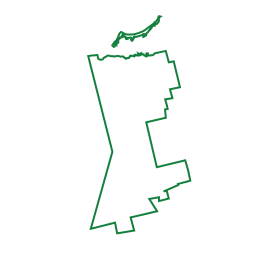 the district of Lázaro Cárdenas, Quintana Roo, Mexico, rotated 346°
{"feature_id": "50627088B14246153618123", "entity_name": "Lázaro Cárdenas", "entity_type": "district", "adm_level": 2, "iso_a3": "MEX", "parent_name": "Mexico", "parent_adm1": "Quintana Roo", "projection": "mercator", "projection_center": [-87.297, 21.095], "detail": "fine", "context": "isolated", "style": "outline", "palette": "green", "viewbox_px": 256, "rotation_deg": 346, "n_neighbors": 0, "source": "geoboundaries", "source_scale": "gbopen_adm2", "svg_char_len": 5209}
<svg xmlns="http://www.w3.org/2000/svg" viewBox="0 0 256 256"><g transform="rotate(346 128 128)"><path d="M165.3,60.5L164.9,60.6L164.5,60.2L164.2,60.2L164.4,60.5L164.2,60.6L164.3,60.8L164.1,61.2L164.2,61.4L164.1,61.5L164.2,61.8L164.1,62.0L163.9,62.5L163.6,63.0L163.2,62.9L163.0,62.7L162.9,62.8L162.8,62.7L162.5,62.4L162.5,62.2L162.4,62.1L162.5,61.8L162.3,61.7L162.2,61.8L162.0,62.1L161.9,62.0L161.8,61.7L161.4,61.6L161.4,61.4L161.0,60.7L160.8,60.7L160.4,60.2L160.3,59.9L159.6,59.7L159.5,59.8L159.4,60.0L159.2,60.0L159.0,59.8L159.1,59.6L159.1,59.4L159.0,59.5L158.7,59.7L158.8,59.2L158.7,59.1L158.4,59.3L158.3,59.1L158.0,59.5L157.9,59.4L157.5,59.6L157.7,59.0L157.3,58.9L157.2,58.9L157.4,59.4L157.3,59.6L157.0,59.5L157.0,59.9L156.6,59.8L156.3,59.6L156.2,59.3L156.3,59.2L156.6,58.8L156.5,58.6L156.2,58.7L155.9,58.5L156.0,58.2L155.8,58.0L155.8,58.5L156.1,58.8L156.1,59.3L156.2,59.6L156.1,60.2L155.7,60.2L155.1,59.9L155.0,59.7L154.9,59.8L154.6,59.7L154.6,59.8L154.4,59.7L154.2,59.8L154.3,59.7L153.8,59.6L153.6,59.4L153.5,59.1L153.1,59.2L152.8,59.1L152.7,58.8L152.3,58.8L152.3,58.7L152.1,58.7L152.0,59.2L152.2,59.6L151.8,59.7L151.7,59.8L151.5,59.5L150.8,59.7L150.7,59.6L150.6,59.4L149.9,59.3L149.6,59.0L149.2,59.0L149.1,58.8L147.9,58.4L147.7,58.5L147.3,58.8L147.2,59.3L146.8,59.6L146.5,59.6L146.4,59.8L146.0,59.9L145.8,60.2L145.1,60.1L144.8,60.2L144.3,59.9L143.6,60.2L143.2,60.2L142.9,60.2L142.7,59.9L142.6,60.0L142.4,59.7L142.1,59.7L141.8,59.1L141.6,59.1L141.4,58.8L140.7,57.5L140.5,57.3L140.2,57.2L139.5,57.3L138.7,57.1L137.9,56.9L136.0,55.7L134.9,55.6L133.2,55.3L132.6,55.4L131.6,55.2L131.4,55.0L130.6,54.8L130.3,54.5L128.8,54.2L126.7,53.0L126.0,52.9L125.1,52.9L124.7,53.2L123.7,53.6L122.6,53.7L121.8,54.0L121.4,54.1L121.2,54.3L121.0,54.6L120.7,54.8L120.4,55.1L120.1,55.2L119.1,55.3L118.6,55.3L117.5,55.0L117.1,54.7L116.2,54.0L115.9,53.6L115.9,53.3L115.8,52.9L115.9,52.5L115.8,52.0L116.0,51.7L116.0,50.4L116.0,49.9L115.6,49.6L112.8,49.4L111.1,49.0L110.8,48.9L110.3,48.9L106.8,48.6L107.1,147.3L67.5,216.8L92.5,216.7L92.0,227.6L109.2,229.0L108.9,215.4L136.1,215.8L131.5,202.0L141.3,202.7L140.4,206.4L150.5,206.3L150.4,198.2L147.1,198.2L162.9,195.5L162.9,194.4L175.7,194.2L176.1,183.3L175.7,173.2L146.5,173.0L147.1,126.9L161.1,127.1L167.2,127.2L168.4,119.0L171.1,119.1L171.2,114.8L171.0,109.2L178.3,109.8L178.1,100.6L188.3,101.0L188.5,74.4L183.5,74.1L183.3,62.4L172.3,62.0L169.8,63.3L165.8,62.8L165.4,61.6L165.3,60.5ZM185.2,27.0L184.3,27.7L183.9,28.6L182.9,29.8L181.5,31.0L179.6,32.2L176.2,33.7L171.9,35.4L169.9,36.4L168.0,37.2L165.7,37.8L164.4,38.0L160.4,38.5L156.5,38.5L154.5,38.2L151.3,37.5L150.1,37.2L148.8,36.6L147.0,35.4L144.8,33.3L144.3,33.2L144.1,33.4L143.3,33.8L142.4,34.4L139.6,38.5L138.0,40.2L136.3,41.0L135.0,42.0L133.0,43.7L132.7,44.1L133.9,45.9L134.7,45.7L134.9,45.6L134.9,45.3L135.7,44.1L135.7,43.8L135.8,43.6L136.0,43.6L136.1,43.8L136.1,44.3L136.7,44.1L136.8,43.6L137.0,43.8L137.1,44.1L137.2,43.8L136.9,43.4L136.6,42.7L137.5,42.3L137.7,42.5L138.2,42.6L138.8,42.8L138.8,42.6L138.6,42.4L139.2,42.2L139.5,42.1L139.3,41.2L138.9,40.8L138.8,40.6L139.0,40.5L139.1,40.8L139.3,40.8L139.3,40.7L139.5,40.8L139.8,40.5L140.1,40.2L140.1,39.8L139.9,39.5L140.4,39.6L140.5,39.2L141.0,39.3L141.1,39.2L141.7,39.1L141.7,38.9L141.7,39.0L142.2,38.9L142.3,38.8L142.2,38.6L142.5,38.5L142.5,38.3L143.1,38.4L143.8,38.4L144.0,38.2L144.0,37.9L144.2,37.7L144.2,37.2L144.6,37.1L144.9,36.7L145.0,37.1L145.2,36.8L145.7,36.6L146.1,36.8L146.0,37.4L146.0,37.5L145.9,37.7L145.8,38.3L146.3,38.2L146.5,38.2L146.7,38.4L147.3,38.5L147.4,38.8L147.3,39.1L147.4,39.3L148.0,39.7L147.8,40.0L147.8,40.3L147.6,40.6L147.6,41.0L147.9,41.4L148.5,41.4L148.7,41.2L149.2,41.3L149.2,41.0L149.5,40.9L149.6,40.7L149.8,40.8L150.9,40.7L151.8,40.7L152.6,40.9L153.3,41.4L153.3,42.1L152.9,42.5L152.3,42.9L152.4,43.2L152.6,43.3L152.8,43.3L152.9,43.5L152.6,43.8L152.8,44.3L153.9,43.9L154.3,43.5L154.6,43.1L155.0,42.4L155.3,42.2L155.2,42.0L155.4,41.8L155.9,41.5L155.8,41.2L155.9,40.9L156.5,40.9L156.7,41.3L157.4,41.5L158.0,40.5L157.8,41.5L159.0,41.5L161.5,41.5L163.6,41.2L165.3,40.8L165.7,40.6L166.1,40.7L166.1,41.1L165.9,41.2L165.8,41.3L165.8,41.5L166.0,41.5L166.4,41.2L166.6,41.3L166.1,41.8L166.4,41.9L166.2,42.1L166.3,42.2L166.4,42.3L166.9,41.9L167.1,41.6L167.1,41.4L167.3,41.2L168.2,41.0L167.8,41.3L167.8,41.5L168.2,41.3L168.4,41.3L168.1,41.7L168.0,42.1L167.8,42.3L167.3,42.5L167.2,42.6L166.9,42.5L165.6,42.9L165.1,42.9L164.9,43.3L165.4,43.3L166.8,42.7L167.8,42.6L168.1,42.4L168.6,41.2L169.2,40.4L170.0,40.0L170.6,39.8L172.2,38.3L172.9,38.1L172.7,37.9L172.8,37.7L173.3,37.2L173.7,37.1L174.0,36.9L174.4,36.8L174.4,36.6L174.6,36.4L174.8,36.6L175.2,36.4L175.3,36.2L175.5,36.1L175.7,35.5L175.9,35.2L178.0,34.8L178.6,35.1L178.8,35.1L178.8,34.9L178.5,34.6L178.1,34.6L177.8,34.7L176.7,34.8L176.8,34.6L177.5,34.3L177.6,34.0L178.5,34.1L178.5,34.3L178.6,34.2L178.9,34.3L178.9,33.7L179.4,34.0L179.5,33.9L179.4,33.7L179.4,33.1L179.8,33.5L179.7,33.6L180.0,33.7L180.0,33.4L180.2,33.7L180.3,33.9L181.1,34.0L181.3,33.8L181.7,33.7L181.8,33.5L182.4,33.2L183.0,32.7L183.6,32.1L184.0,31.2L184.1,30.2L184.5,29.1L184.6,28.6L184.9,28.3L184.9,28.1L185.1,28.1L185.0,28.5L184.8,28.7L185.4,28.4L185.9,27.7L186.3,27.6L185.2,27.0Z" fill="none" stroke="#15803d" stroke-width="2"/></g></svg>